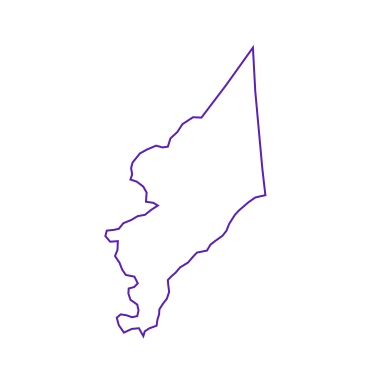 Pedra Mole, Sergipe, Brazil (orthographic projection), rotated 28°
{"feature_id": "56859067B37266800434782", "entity_name": "Pedra Mole", "entity_type": "district", "adm_level": 2, "iso_a3": "BRA", "parent_name": "Brazil", "parent_adm1": "Sergipe", "projection": "orthographic", "projection_center": [-37.683, -10.623], "detail": "fine", "context": "isolated", "style": "outline", "palette": "violet", "viewbox_px": 384, "rotation_deg": 28, "n_neighbors": 0, "source": "geoboundaries", "source_scale": "gbopen_adm2", "svg_char_len": 1229}
<svg xmlns="http://www.w3.org/2000/svg" viewBox="0 0 384 384"><g transform="rotate(28 192 192)"><path d="M178.0,35.9L171.9,81.8L165.4,121.9L157.8,125.5L151.7,136.6L150.9,146.0L147.8,154.7L149.4,163.3L145.0,166.5L138.6,167.9L132.3,175.6L127.9,182.4L125.7,193.8L127.0,199.5L130.9,204.5L131.8,209.9L138.3,208.8L146.4,210.1L152.2,213.8L155.9,222.2L163.0,219.7L168.2,220.0L164.3,227.0L161.2,234.2L155.4,238.8L151.5,245.2L146.0,251.8L144.7,258.8L140.7,262.2L134.9,266.1L136.2,271.6L143.1,274.3L149.6,270.2L153.4,278.1L154.1,284.7L161.2,288.5L166.8,293.3L172.5,296.3L180.9,293.8L187.0,298.1L185.6,303.0L181.4,306.9L183.5,311.5L188.3,316.1L196.5,317.1L200.4,321.7L201.9,327.3L197.9,330.7L192.0,331.6L186.5,333.5L184.6,338.3L189.8,343.9L197.9,348.1L203.1,341.2L209.1,337.2L216.7,342.1L215.7,337.2L218.3,332.4L223.5,326.7L221.4,320.9L220.4,315.5L218.3,311.0L218.8,304.3L219.9,297.9L218.7,290.9L214.8,285.4L212.0,281.1L213.3,276.4L215.4,270.9L216.9,264.1L221.6,256.2L223.2,249.0L224.8,243.2L232.7,236.7L233.0,229.9L235.5,224.3L239.5,216.2L240.6,210.1L239.8,202.6L240.6,192.0L242.2,186.0L244.4,180.4L246.7,174.5L250.4,167.2L254.6,163.5L258.3,160.4L242.9,138.0L200.6,73.4L178.0,35.9Z" fill="none" stroke="#5b21b6" stroke-width="2"/></g></svg>